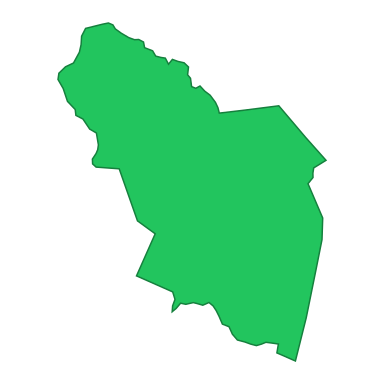 Cruzeta, Rio Grande do Norte, Brazil
{"feature_id": "56859067B25758892564253", "entity_name": "Cruzeta", "entity_type": "district", "adm_level": 2, "iso_a3": "BRA", "parent_name": "Brazil", "parent_adm1": "Rio Grande do Norte", "projection": "mercator", "projection_center": [-36.841, -6.359], "detail": "fine", "context": "isolated", "style": "filled", "palette": "green", "viewbox_px": 384, "rotation_deg": 0, "n_neighbors": 0, "source": "geoboundaries", "source_scale": "gbopen_adm2", "svg_char_len": 1216}
<svg xmlns="http://www.w3.org/2000/svg" viewBox="0 0 384 384"><path d="M305.6,137.4L278.8,105.8L244.2,110.2L219.3,113.1L217.9,107.6L215.4,102.3L210.1,95.2L204.8,91.2L200.0,86.0L195.8,88.3L191.6,86.6L190.5,78.3L187.6,74.8L188.5,67.0L184.1,62.8L177.9,61.4L172.4,59.4L168.5,64.2L165.3,58.1L160.7,57.4L155.7,56.1L152.6,50.8L144.6,47.7L143.5,42.0L138.7,39.5L134.5,39.7L128.7,37.6L121.1,33.1L115.3,28.9L112.9,24.9L108.4,23.0L102.5,24.2L85.6,28.4L81.6,36.2L81.1,44.6L79.4,52.2L73.5,63.0L65.5,66.8L58.9,73.2L58.0,79.5L63.2,88.5L67.5,101.4L75.2,109.5L75.9,115.4L82.9,119.0L89.7,129.1L96.4,133.0L98.4,144.9L97.7,149.7L96.1,153.5L92.4,159.1L92.6,163.9L96.1,167.1L119.2,168.8L137.5,220.9L155.2,233.8L136.5,275.9L172.7,291.9L175.0,299.4L172.6,305.9L172.2,311.7L176.1,308.5L180.6,303.2L185.8,304.3L193.3,302.6L197.3,303.6L202.8,305.2L209.0,302.5L213.1,305.9L216.2,310.6L219.1,316.4L222.4,324.1L229.0,326.7L232.4,334.2L237.4,340.0L244.9,342.0L250.7,344.1L256.4,345.6L261.5,344.1L265.9,342.3L271.5,343.0L278.4,344.0L276.9,352.9L295.4,361.0L306.2,317.9L315.9,270.2L322.0,239.6L322.7,218.0L308.0,183.7L313.0,177.5L312.9,173.2L313.7,167.9L321.2,163.3L326.0,160.3L305.6,137.4Z" fill="#22c55e" stroke="#15803d" stroke-width="1.5"/></svg>